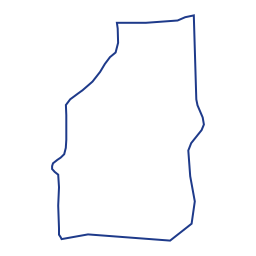 map outline of Novo Selo (orthographic projection)
{"feature_id": "MKD-2999", "entity_name": "Novo Selo", "entity_type": "Statistical Region", "adm_level": 1, "iso_a3": "MKD", "parent_name": "North Macedonia", "parent_adm1": "", "projection": "orthographic", "projection_center": [22.854, 41.429], "detail": "fine", "context": "isolated", "style": "outline", "palette": "blue", "viewbox_px": 256, "rotation_deg": 0, "n_neighbors": 0, "source": "natural_earth", "source_scale": "10m", "svg_char_len": 695}
<svg xmlns="http://www.w3.org/2000/svg" viewBox="0 0 256 256"><path d="M170.1,240.6L88.0,234.4L61.6,239.1L61.5,238.9L60.6,237.1L59.0,234.7L59.0,228.4L58.2,205.6L59.0,187.3L58.2,174.7L54.7,171.9L52.1,169.0L52.1,166.7L52.1,166.1L53.0,163.3L57.3,159.9L60.7,157.6L64.2,154.2L65.8,147.9L66.3,139.9L66.3,126.2L66.3,115.3L65.9,105.0L70.2,99.3L77.9,93.6L82.6,90.2L92.5,81.6L100.1,71.9L104.9,63.9L110.0,57.1L115.6,52.5L118.1,42.8L117.7,28.5L116.9,22.8L122.8,22.8L145.9,22.8L177.6,20.5L185.2,17.2L193.4,15.5L193.8,15.4L196.3,99.4L197.5,105.3L202.7,117.5L203.9,124.5L201.6,130.1L191.2,143.1L188.3,150.5L190.2,176.2L194.8,201.4L191.6,223.7L170.1,240.6Z" fill="none" stroke="#1e3a8a" stroke-width="2"/></svg>